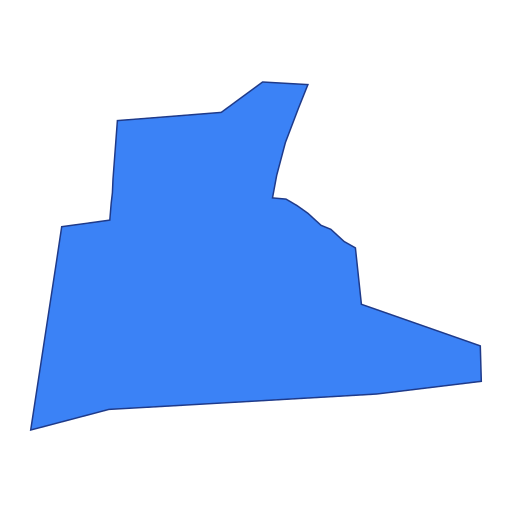 the district of Água Branca, Piauí, Brazil
{"feature_id": "56859067B37931191276817", "entity_name": "Água Branca", "entity_type": "district", "adm_level": 2, "iso_a3": "BRA", "parent_name": "Brazil", "parent_adm1": "Piauí", "projection": "orthographic", "projection_center": [-42.619, -5.906], "detail": "fine", "context": "isolated", "style": "filled", "palette": "blue", "viewbox_px": 512, "rotation_deg": 0, "n_neighbors": 0, "source": "geoboundaries", "source_scale": "gbopen_adm2", "svg_char_len": 474}
<svg xmlns="http://www.w3.org/2000/svg" viewBox="0 0 512 512"><path d="M307.9,84.6L262.6,82.0L221.2,112.4L117.4,120.6L113.0,179.1L112.4,192.9L111.2,203.1L109.8,220.1L61.7,226.7L56.4,262.1L30.7,430.0L108.9,409.4L193.6,404.6L376.7,394.0L481.3,381.3L480.3,345.9L361.4,304.3L355.4,247.9L344.1,241.5L330.8,229.3L321.0,225.3L307.9,213.3L297.2,205.7L286.0,199.1L272.5,197.9L276.7,175.3L285.4,142.5L298.6,107.8L307.9,84.6Z" fill="#3b82f6" stroke="#1e3a8a" stroke-width="1.5"/></svg>